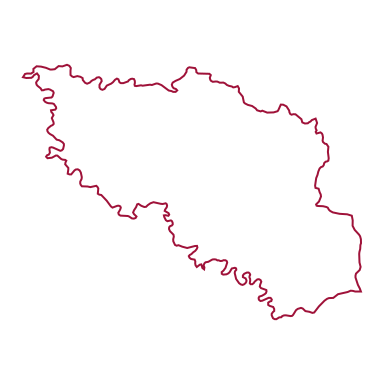 Araguari, Minas Gerais, Brazil (orthographic projection)
{"feature_id": "56859067B42575521245529", "entity_name": "Araguari", "entity_type": "district", "adm_level": 2, "iso_a3": "BRA", "parent_name": "Brazil", "parent_adm1": "Minas Gerais", "projection": "orthographic", "projection_center": [-48.261, -18.607], "detail": "fine", "context": "isolated", "style": "outline", "palette": "rose", "viewbox_px": 384, "rotation_deg": 0, "n_neighbors": 0, "source": "geoboundaries", "source_scale": "gbopen_adm2", "svg_char_len": 5864}
<svg xmlns="http://www.w3.org/2000/svg" viewBox="0 0 384 384"><path d="M161.5,85.1L157.9,83.6L156.2,83.5L151.9,85.0L150.0,84.7L142.6,85.7L141.0,85.3L136.2,86.1L134.8,85.8L134.5,84.4L134.9,83.0L134.8,80.9L134.0,79.1L132.2,78.7L130.7,79.0L128.7,80.3L128.1,81.4L123.4,83.1L120.8,83.1L119.5,82.3L118.4,79.3L116.9,78.6L115.0,79.8L113.0,82.2L111.2,83.6L106.8,85.6L104.5,89.0L102.4,89.8L100.6,89.1L99.5,87.5L99.5,84.8L101.7,81.1L101.3,79.1L100.2,77.9L99.0,77.2L96.8,77.6L94.9,79.3L93.2,79.9L91.5,80.9L89.8,82.6L87.1,83.7L85.1,82.8L82.8,80.0L82.6,78.1L80.4,76.8L77.3,76.1L73.6,77.1L72.0,76.4L70.5,75.0L70.5,70.6L70.8,68.0L69.3,65.8L67.0,64.8L62.4,66.4L58.6,66.1L54.8,69.2L52.2,69.5L50.1,69.5L45.9,67.8L41.0,66.6L36.6,66.3L33.4,68.9L33.5,72.0L31.0,73.6L27.1,73.5L25.0,74.0L23.0,77.2L26.3,78.0L31.4,77.8L32.9,76.7L33.9,75.2L37.0,73.4L38.9,75.9L38.7,79.0L36.6,81.6L36.1,82.8L36.6,84.7L37.6,85.9L40.6,88.3L41.8,90.3L43.6,90.2L44.9,89.6L48.4,89.1L50.1,89.6L53.1,91.3L53.7,92.9L52.5,96.5L51.5,97.5L45.7,98.1L44.3,98.6L43.7,100.0L44.9,101.6L46.5,102.6L48.4,103.2L52.2,103.4L53.8,103.9L56.0,107.0L56.2,108.3L55.3,109.6L51.0,110.3L51.3,111.9L52.7,113.5L53.5,115.1L51.8,118.1L53.5,122.2L53.7,123.9L52.6,125.1L51.0,125.8L48.3,128.0L47.2,129.7L47.5,131.3L48.5,132.8L50.1,134.1L53.0,135.7L56.6,139.6L59.4,140.3L62.7,142.4L63.9,144.0L63.9,145.6L63.1,149.0L61.7,150.4L60.3,150.8L53.1,147.6L51.4,147.2L49.7,147.7L49.4,149.1L49.9,152.7L48.8,154.6L47.0,155.3L46.1,156.7L47.5,158.2L51.9,157.7L55.9,155.5L57.4,155.6L61.2,159.0L62.6,159.6L65.2,159.9L66.3,160.7L65.5,162.4L65.2,164.3L68.3,167.9L68.3,169.5L67.7,173.7L69.5,174.4L71.2,174.4L74.5,170.4L75.8,169.5L77.8,169.3L79.6,170.4L80.8,172.5L81.8,177.1L81.6,178.9L80.3,181.5L80.2,183.3L80.7,184.8L81.9,186.3L87.5,186.5L90.4,187.1L96.3,185.8L97.5,187.0L98.3,188.5L97.8,193.7L99.2,194.6L101.3,195.0L106.7,200.7L110.9,206.4L112.5,207.6L117.3,205.8L118.8,205.7L120.3,206.4L120.8,207.7L120.1,209.7L118.3,212.8L118.8,214.5L120.4,215.6L127.8,216.0L129.1,216.5L131.9,218.4L133.9,218.6L135.6,218.0L136.5,216.5L134.0,214.1L133.1,212.5L134.0,210.3L136.1,207.1L137.2,204.3L138.5,203.9L141.3,205.8L144.3,207.0L146.1,206.8L147.7,205.2L150.4,203.3L153.5,202.2L160.7,203.8L162.7,204.0L165.7,203.3L166.7,204.1L167.1,205.7L166.7,207.3L165.1,209.6L164.7,210.9L168.5,213.1L169.2,214.6L168.4,215.8L165.4,215.2L163.9,215.4L164.3,217.1L165.9,220.2L167.4,221.2L170.9,220.4L172.0,221.2L172.7,223.0L172.7,224.5L171.7,225.6L170.3,226.0L169.2,227.2L169.0,229.0L170.0,231.2L173.5,234.7L173.8,236.7L173.2,239.2L173.3,241.3L175.0,244.9L176.6,245.7L178.5,245.2L182.3,246.7L187.2,248.0L195.0,246.0L197.0,245.9L197.4,247.5L196.6,249.2L195.2,250.9L193.2,252.3L191.4,254.1L189.7,255.0L188.8,256.1L189.5,257.7L191.1,259.0L194.6,259.6L195.3,261.3L195.2,263.5L195.6,265.4L196.8,267.0L199.8,264.7L201.3,264.4L202.4,268.0L204.1,269.3L204.4,267.4L203.6,265.3L204.4,263.4L205.5,262.3L208.3,261.8L212.4,259.5L214.2,259.3L216.0,259.5L217.4,260.4L218.6,260.3L220.3,261.0L222.0,260.9L223.6,260.2L225.6,260.3L226.8,261.2L227.2,262.6L225.5,267.8L223.5,270.6L221.7,272.1L221.8,273.8L223.2,274.6L226.5,274.3L228.3,273.4L229.6,272.2L231.8,268.5L234.9,267.8L236.1,268.4L236.3,269.8L235.0,271.3L234.7,273.0L236.1,278.9L239.1,283.2L241.0,284.5L242.6,284.9L244.1,284.3L245.5,283.1L246.3,281.8L246.5,280.4L245.6,278.4L242.9,277.1L242.9,275.4L244.2,273.8L247.0,272.5L248.6,272.5L249.7,273.5L250.2,274.8L249.5,276.2L249.5,277.6L250.1,278.8L250.2,280.6L249.8,283.2L250.6,284.2L252.3,284.2L253.8,283.0L254.7,281.6L257.3,279.4L258.9,279.2L260.5,280.0L261.3,281.7L260.2,284.6L259.8,286.6L261.0,288.1L266.3,290.0L266.5,291.4L266.0,293.0L264.8,294.1L262.1,295.7L259.3,296.6L258.6,298.0L258.9,299.7L260.4,301.0L262.3,300.7L268.7,297.8L270.6,297.9L271.8,299.5L271.3,301.1L269.8,301.5L268.2,302.6L268.2,304.9L269.7,305.9L273.2,307.0L274.2,309.0L274.2,311.0L273.0,312.0L271.7,313.8L271.7,315.3L273.0,318.2L274.5,319.1L276.3,319.2L279.2,317.4L281.4,317.2L282.2,316.1L284.0,315.4L285.8,315.3L290.8,316.1L292.2,315.8L293.1,314.9L296.0,310.2L297.7,308.9L301.0,307.9L302.7,308.5L305.4,311.1L309.4,311.8L312.4,312.9L314.2,312.5L318.9,306.4L324.5,300.7L327.1,298.8L328.9,298.1L333.3,297.9L338.0,294.2L347.7,292.0L350.7,290.7L352.9,290.9L355.1,291.5L360.9,291.5L359.8,288.5L357.9,284.8L355.5,277.5L355.5,275.6L356.0,273.6L359.7,270.0L360.6,266.9L359.5,262.5L359.2,253.9L359.4,252.0L360.2,249.0L360.4,245.0L361.0,243.2L360.9,239.2L360.1,236.3L359.1,234.7L354.7,229.9L352.6,225.8L352.7,220.3L351.8,215.7L347.2,214.3L339.5,213.8L332.8,212.4L330.1,210.9L328.8,209.6L327.8,207.7L326.4,207.0L323.0,206.2L317.9,206.0L316.6,205.7L316.1,204.4L319.0,201.5L321.0,196.5L320.7,194.4L319.7,192.4L318.6,188.7L315.5,187.9L315.1,185.6L316.2,178.1L317.5,174.9L318.3,171.6L319.6,168.5L321.0,167.1L322.7,166.5L323.7,165.2L324.2,163.1L325.6,161.7L327.2,161.4L328.3,160.7L328.7,158.3L327.9,151.9L328.4,146.8L326.5,144.0L324.9,143.7L323.0,142.0L322.6,140.7L323.0,137.4L322.5,134.7L321.9,133.5L320.5,132.4L316.5,133.5L315.7,131.9L316.6,130.3L315.8,128.8L315.5,127.0L317.1,123.0L315.6,118.6L311.8,120.1L310.5,121.5L309.1,122.2L307.8,123.3L304.9,123.5L302.3,122.4L301.4,119.2L295.5,114.3L293.4,114.2L291.5,114.7L290.2,113.9L289.4,112.2L289.2,110.6L286.5,106.4L283.2,104.7L280.8,104.6L278.4,110.0L277.6,111.2L273.6,112.4L267.2,112.6L262.3,110.7L260.7,111.4L257.1,110.3L255.7,108.5L252.1,106.0L247.9,104.9L245.1,103.5L243.9,102.4L242.7,96.6L238.8,91.8L239.0,88.4L237.7,86.1L235.0,87.1L233.2,87.4L231.9,86.5L228.8,85.8L226.8,84.9L225.3,83.5L223.4,82.6L219.8,82.7L217.4,81.6L215.7,81.5L212.8,81.8L211.1,80.9L210.3,79.8L209.8,77.8L210.8,75.1L209.4,73.8L198.1,73.5L196.4,72.2L196.2,70.0L195.1,68.1L189.3,67.3L188.0,67.9L186.6,69.7L186.5,71.8L184.1,75.6L179.8,79.0L175.5,80.9L172.7,82.6L171.8,84.7L172.4,86.6L173.6,88.2L175.9,89.0L177.2,90.4L175.6,91.9L173.2,91.9L171.6,91.1L168.7,90.5L161.5,85.1Z" fill="none" stroke="#9f1239" stroke-width="2"/></svg>